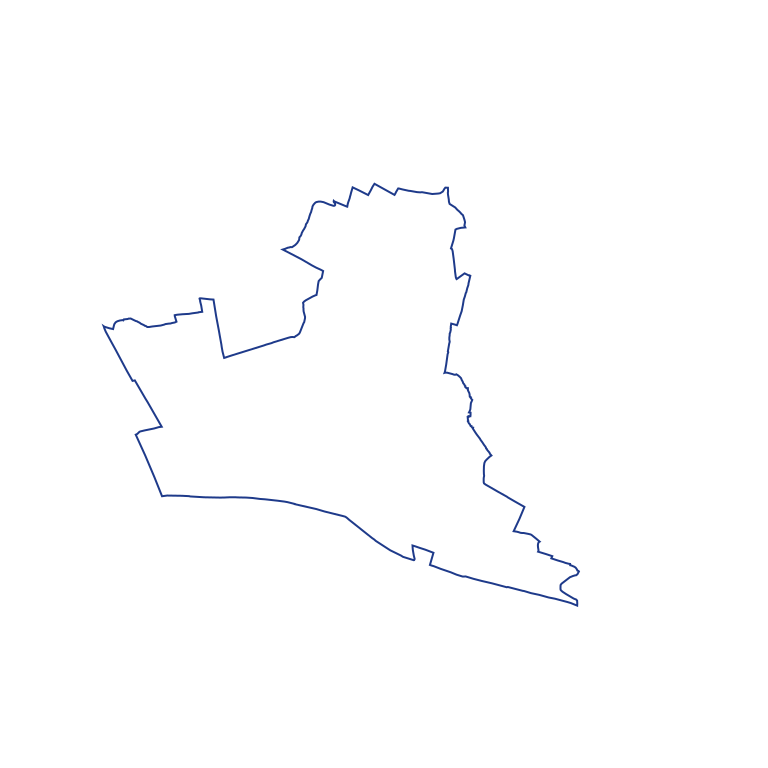 Helesteni, Iasi, Romania (Robinson projection), rotated 208°
{"feature_id": "2599482B91920922475689", "entity_name": "Helesteni", "entity_type": "district", "adm_level": 2, "iso_a3": "ROU", "parent_name": "Romania", "parent_adm1": "Iasi", "projection": "robinson", "projection_center": [26.863, 47.189], "detail": "fine", "context": "isolated", "style": "outline", "palette": "blue", "viewbox_px": 768, "rotation_deg": 208, "n_neighbors": 0, "source": "geoboundaries", "source_scale": "gbopen_adm2", "svg_char_len": 6142}
<svg xmlns="http://www.w3.org/2000/svg" viewBox="0 0 768 768"><g transform="rotate(208 384 384)"><path d="M463.3,563.3L463.5,558.9L463.4,557.6L463.5,555.9L486.4,556.3L486.6,554.1L486.7,552.8L486.6,548.9L486.7,543.4L497.1,543.2L504.0,542.9L502.8,537.1L502.3,535.2L502.0,533.6L501.5,531.8L500.9,527.7L500.5,525.8L499.7,523.3L500.1,523.2L513.5,521.9L514.3,522.1L514.1,521.5L513.9,521.3L513.6,521.0L512.1,520.5L511.7,520.0L511.2,519.2L511.2,518.6L511.7,517.9L512.3,517.6L516.4,516.8L522.7,516.2L525.6,515.3L527.3,514.4L529.2,512.8L529.8,511.8L530.4,509.5L530.5,507.8L530.4,506.9L529.9,505.5L529.6,503.6L529.1,501.6L529.0,499.7L528.6,497.3L527.9,494.2L527.9,492.6L527.6,491.2L527.6,490.3L527.9,488.4L527.3,486.4L527.3,485.9L527.3,483.3L527.5,481.6L527.5,478.7L527.1,477.1L527.1,475.6L527.3,474.6L527.5,474.1L527.5,473.6L526.8,472.0L526.6,471.1L526.8,467.9L527.3,466.1L527.6,465.1L529.4,461.7L531.0,460.9L531.7,460.1L532.9,459.2L534.9,456.8L536.5,455.2L515.4,455.4L503.4,454.9L498.4,454.9L493.6,455.2L490.8,455.2L488.8,448.5L489.5,446.3L490.0,444.2L489.0,441.0L486.8,435.3L485.4,430.9L486.3,430.0L488.1,427.7L492.4,421.1L493.3,419.2L493.6,417.7L492.3,416.1L491.3,413.9L490.4,412.7L490.1,412.0L489.0,410.3L485.2,406.2L484.6,404.9L483.5,401.1L483.6,399.9L482.5,390.3L482.5,388.7L482.9,387.7L483.9,385.6L484.4,385.0L485.1,383.3L487.0,382.5L488.5,381.5L490.4,379.7L501.2,368.9L502.5,367.3L506.4,363.6L508.2,361.6L531.4,338.2L537.4,332.0L541.7,336.7L544.6,340.4L546.2,342.6L551.8,349.7L554.6,353.3L563.9,364.9L574.2,378.5L577.3,377.1L586.1,373.6L586.9,373.1L587.0,372.9L586.5,372.3L585.5,371.3L585.1,370.8L585.1,370.6L582.2,367.4L578.4,362.4L581.5,360.2L581.6,359.9L586.5,356.4L589.2,354.3L594.5,351.1L599.1,348.1L601.1,346.5L600.6,345.7L596.5,341.6L597.6,340.1L599.7,338.4L601.0,337.1L602.2,336.4L605.1,334.3L605.9,333.3L608.6,330.8L615.6,326.0L618.1,324.1L619.8,323.2L621.7,323.4L622.6,323.1L623.8,323.3L625.0,323.2L627.0,323.1L628.6,323.4L630.3,323.3L631.4,323.4L632.7,323.1L634.8,323.0L638.4,322.9L639.0,322.5L640.0,322.0L640.9,321.0L644.0,318.9L644.0,317.8L644.8,317.7L647.0,316.1L648.9,314.2L649.9,312.5L650.2,310.2L649.9,308.8L649.0,305.3L652.6,304.3L657.7,303.3L658.6,303.4L657.9,302.8L657.1,301.9L654.3,299.6L644.5,293.1L636.7,288.0L617.4,275.0L607.5,268.7L605.7,270.2L587.8,259.1L584.2,257.0L560.2,241.9L562.6,240.2L566.1,236.8L573.5,230.7L576.9,227.7L577.5,226.9L578.0,225.3L578.4,224.1L578.9,223.3L579.4,222.7L561.3,208.8L542.8,193.8L527.3,180.7L523.1,183.7L510.2,190.3L503.4,193.5L502.4,193.7L489.5,199.6L475.3,206.8L471.7,208.8L467.5,211.3L462.5,214.0L459.3,215.5L452.2,219.1L446.4,221.7L439.5,224.3L435.0,226.3L422.9,231.1L416.8,233.4L413.7,234.4L406.5,236.2L406.4,236.0L385.1,241.8L376.7,243.5L358.8,248.0L356.2,248.6L355.3,248.6L353.8,248.4L350.9,247.7L322.2,242.4L319.6,242.1L317.6,241.6L300.4,240.1L288.5,240.5L286.1,240.3L275.0,242.4L274.7,242.7L274.8,243.9L277.3,246.7L280.7,251.1L281.6,252.5L283.0,254.8L279.8,255.4L275.9,256.0L269.8,257.1L261.1,258.2L258.5,245.8L257.0,246.0L254.6,246.5L247.1,247.4L236.6,249.1L230.5,249.7L224.2,250.9L223.2,251.4L221.6,252.4L213.5,254.0L205.2,256.0L195.1,258.7L180.1,262.2L179.4,262.9L164.0,266.6L163.4,266.9L155.9,268.4L147.9,270.7L138.4,272.8L132.2,274.7L119.7,277.6L116.2,278.3L109.4,279.0L110.3,280.9L111.8,283.4L113.1,283.9L115.8,283.6L124.7,284.0L128.9,284.4L130.5,284.8L131.3,285.1L131.9,285.8L133.0,287.9L133.7,289.4L133.5,291.0L129.1,300.7L127.0,303.2L125.6,304.6L124.5,305.4L123.9,306.9L123.9,310.0L124.4,310.2L125.8,310.1L126.3,310.7L128.5,311.8L130.0,312.0L133.6,311.7L134.5,311.4L135.2,312.5L136.5,312.0L139.8,311.2L142.2,310.9L147.5,309.8L154.4,308.6L154.6,311.0L161.0,309.9L169.2,308.3L169.2,308.6L169.5,309.7L171.4,312.2L172.5,314.0L172.9,315.1L173.1,316.0L173.1,316.6L173.0,317.3L172.6,317.9L177.1,318.9L182.9,320.0L183.9,320.0L186.2,319.4L190.8,318.0L192.3,317.2L193.6,316.7L195.5,316.4L197.2,316.0L200.4,314.9L201.1,328.5L202.3,341.4L213.3,341.7L221.3,342.0L222.6,342.2L232.9,342.4L247.2,342.9L249.0,343.2L249.8,344.0L251.5,347.1L252.1,348.6L252.3,349.4L252.7,350.3L253.4,351.2L255.1,354.2L257.1,358.2L258.1,360.9L258.3,361.6L258.4,363.4L257.9,365.4L256.6,369.3L255.6,371.3L257.9,372.2L258.6,372.9L261.9,374.2L262.5,374.8L263.6,375.0L264.0,375.6L265.1,376.3L267.1,377.2L269.8,378.7L272.7,380.1L273.5,380.7L278.3,382.9L280.6,384.1L284.7,386.4L284.7,386.9L284.8,387.3L285.5,387.1L286.0,387.1L286.7,387.4L287.0,387.9L287.8,387.6L289.4,388.8L290.0,389.0L290.4,389.0L292.0,390.2L292.4,390.3L292.6,390.7L292.3,391.0L293.3,392.1L294.6,394.1L293.9,394.5L294.3,395.3L292.6,396.1L293.0,397.2L294.1,399.3L295.6,398.8L295.6,400.2L295.9,402.2L298.3,407.9L298.6,411.4L299.8,411.8L300.7,412.3L300.7,412.6L301.4,412.7L301.5,413.2L302.4,413.2L303.4,414.8L304.4,416.0L306.9,417.8L308.0,419.7L308.5,419.4L308.5,419.1L308.9,419.0L309.2,419.3L309.9,419.2L310.3,419.5L310.8,419.5L311.0,419.9L311.2,420.0L311.3,420.4L312.0,420.5L312.8,421.3L314.3,421.8L315.7,423.1L317.2,424.0L318.7,425.3L320.5,425.9L322.8,426.4L324.7,426.5L325.2,425.8L325.9,425.4L326.7,425.1L328.2,424.9L333.7,423.6L335.5,422.6L335.8,422.3L335.9,423.0L336.2,424.2L338.3,430.6L341.8,440.1L342.2,442.3L342.6,442.6L342.9,442.7L345.4,450.3L345.8,452.1L347.3,454.1L348.2,455.9L348.8,457.6L349.7,459.5L349.7,460.4L350.4,463.0L350.7,463.7L351.1,464.0L351.2,464.5L351.4,465.3L351.8,465.5L353.0,468.9L349.1,469.8L347.2,470.1L347.3,471.3L348.9,480.1L349.6,484.7L351.3,490.4L353.2,496.0L353.7,499.3L354.5,502.7L354.4,503.5L355.5,507.8L355.6,508.5L356.0,511.0L356.6,512.5L358.6,520.1L359.8,520.0L360.0,519.7L364.8,519.5L369.1,510.7L369.6,510.9L370.8,512.1L374.2,516.8L375.1,518.3L381.3,527.3L385.6,533.3L386.4,534.2L387.4,535.1L388.5,535.1L390.1,543.3L390.7,545.5L393.4,553.9L392.5,555.2L389.4,558.0L385.7,560.4L387.4,561.7L388.4,564.9L390.0,566.7L393.5,570.1L395.7,570.6L396.8,571.1L398.7,571.7L401.0,572.2L404.0,573.3L410.6,573.8L412.2,575.4L413.4,577.3L416.5,581.4L417.5,583.0L417.6,583.6L417.9,584.2L419.7,587.3L422.0,586.2L422.3,584.7L422.4,581.6L424.0,578.8L425.4,577.7L430.6,574.4L440.5,571.2L442.0,570.2L445.0,568.9L451.2,566.9L452.9,566.2L459.3,564.4L462.7,563.6L463.3,563.3Z" fill="none" stroke="#1e3a8a" stroke-width="2"/></g></svg>